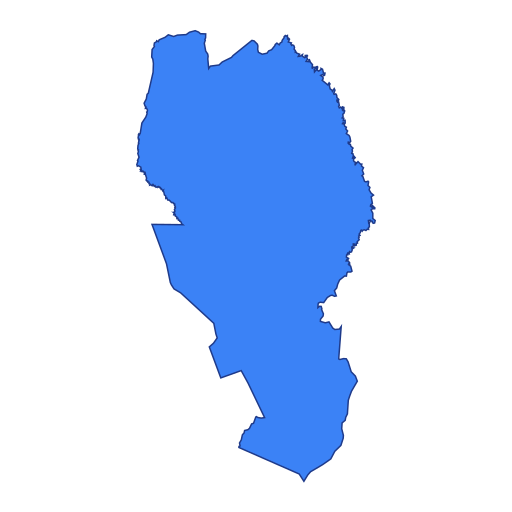 Manyinga, North-Western, Zambia (Equal Earth projection)
{"feature_id": "96606910B15136159078795", "entity_name": "Manyinga", "entity_type": "district", "adm_level": 2, "iso_a3": "ZMB", "parent_name": "Zambia", "parent_adm1": "North-Western", "projection": "equal_earth", "projection_center": [24.317, -13.081], "detail": "fine", "context": "isolated", "style": "filled", "palette": "blue", "viewbox_px": 512, "rotation_deg": 0, "n_neighbors": 0, "source": "geoboundaries", "source_scale": "gbopen_adm2", "svg_char_len": 5997}
<svg xmlns="http://www.w3.org/2000/svg" viewBox="0 0 512 512"><path d="M239.0,446.4L238.9,447.5L299.2,474.0L303.9,481.3L307.8,474.9L310.6,471.7L322.5,464.7L330.8,458.9L334.8,451.3L340.9,445.4L343.2,438.2L343.4,435.4L341.7,428.7L342.1,422.9L345.2,420.3L345.7,417.4L347.4,413.9L348.3,400.3L349.7,396.0L351.5,391.2L357.3,381.2L355.4,376.1L351.2,371.8L348.1,361.9L346.3,358.8L343.6,358.6L339.9,359.5L338.7,358.9L341.2,326.5L339.4,329.1L334.8,329.5L332.7,328.0L329.0,321.9L325.3,322.8L320.4,321.4L320.5,319.2L323.1,316.0L323.4,313.8L321.6,309.6L321.9,308.9L321.2,306.4L319.5,306.3L317.9,307.6L318.1,304.1L318.4,303.1L320.2,302.2L323.7,302.6L327.3,297.5L330.5,295.5L332.1,295.2L334.6,296.3L336.3,295.9L334.4,290.7L336.7,288.0L337.7,284.1L339.6,280.0L344.6,276.0L346.4,276.1L346.9,273.0L347.7,272.0L350.8,272.0L352.0,271.2L350.7,266.2L348.7,264.7L349.7,264.1L348.9,263.4L349.6,262.8L348.3,261.0L346.2,260.9L346.9,259.4L348.0,259.4L348.6,258.4L346.4,257.2L346.6,255.0L347.8,254.7L347.3,254.1L347.8,253.0L349.2,253.7L349.0,252.6L349.5,251.7L350.0,252.3L351.5,251.9L352.2,250.0L351.7,247.0L352.1,246.8L352.9,248.5L353.8,247.9L352.6,247.6L353.4,245.2L353.2,244.0L354.0,243.8L354.5,245.6L355.0,245.0L355.7,245.5L356.3,245.1L356.2,243.4L357.5,243.1L357.2,241.7L359.2,239.7L358.5,238.0L359.1,237.4L358.7,236.0L360.0,235.4L359.1,234.1L360.3,232.6L360.8,230.4L361.4,230.1L362.2,231.2L362.9,230.2L364.3,229.8L365.9,230.5L367.3,229.2L368.6,229.4L368.4,227.7L369.4,226.8L369.2,223.6L369.8,222.2L368.7,222.9L368.4,220.5L370.3,220.2L370.8,221.0L372.4,221.3L372.3,222.3L373.2,223.3L374.6,223.0L375.2,220.5L372.8,218.5L372.8,213.2L371.1,209.9L372.2,209.0L372.7,207.6L373.3,208.8L374.7,208.8L374.9,207.9L372.2,205.3L372.1,207.3L370.4,206.2L370.8,204.7L372.4,203.3L371.2,196.8L373.5,195.1L371.0,193.0L369.1,189.8L369.9,187.4L368.0,185.5L368.6,181.9L368.0,181.2L365.9,181.9L364.5,181.3L362.9,176.6L361.9,175.8L363.7,174.0L362.3,170.3L363.5,167.7L361.5,166.1L361.8,164.1L360.6,164.2L358.0,161.6L355.2,164.7L355.0,164.1L356.0,162.6L354.1,161.6L353.5,160.3L353.7,158.5L352.5,158.2L352.9,157.1L354.4,158.4L355.2,157.7L353.3,155.4L352.9,153.7L351.7,153.4L352.5,151.1L352.0,149.7L353.0,148.1L350.8,146.2L350.4,144.4L349.3,144.4L348.1,143.1L348.3,142.1L349.6,142.7L350.7,141.3L349.9,137.1L349.1,135.5L346.3,133.6L347.6,131.0L345.8,129.0L346.4,127.2L344.7,126.2L344.2,124.1L342.5,123.7L343.2,122.6L344.5,123.9L345.2,123.1L345.1,120.3L343.3,120.5L343.8,118.3L342.2,117.9L343.1,116.8L342.8,114.2L343.9,113.4L344.7,110.9L343.9,109.8L343.1,110.7L342.6,110.2L343.8,108.8L343.9,107.4L342.6,106.9L342.1,108.8L340.8,107.0L339.3,107.9L338.6,106.3L339.3,105.4L338.7,102.1L337.6,102.3L336.8,100.8L337.0,100.0L338.4,100.7L338.8,99.5L336.9,97.6L336.7,95.3L335.8,93.9L334.1,94.3L333.7,93.6L335.0,90.2L334.2,88.6L332.4,91.3L332.0,90.1L330.2,89.0L329.3,85.5L330.0,83.9L329.1,82.8L327.8,84.9L322.2,80.3L323.1,78.9L323.0,77.2L320.7,75.4L322.8,74.4L323.8,75.6L324.6,75.2L325.0,73.1L323.5,73.0L322.5,69.2L321.0,68.4L321.0,69.5L318.7,71.1L316.4,69.7L314.5,71.9L314.3,69.5L315.9,67.8L317.3,69.0L317.7,67.0L317.2,66.5L315.2,67.3L312.8,67.1L312.6,68.2L312.1,68.0L312.5,64.6L310.4,62.2L309.4,59.7L308.7,60.0L309.3,61.2L309.0,61.7L306.1,61.4L307.5,59.1L306.6,56.8L307.5,55.9L307.1,55.3L305.2,55.5L305.3,57.3L304.7,57.7L302.2,56.1L302.5,54.6L300.1,56.2L298.3,56.4L299.6,54.2L296.7,53.1L296.2,52.1L295.3,52.3L295.4,50.7L294.1,49.1L294.5,47.4L293.8,45.5L292.5,44.9L291.7,45.4L290.9,44.0L291.4,42.9L288.3,42.0L289.5,39.2L288.8,38.4L288.4,39.2L287.6,39.1L287.4,35.5L286.1,36.1L285.3,35.5L284.1,36.7L284.1,37.7L282.2,40.3L281.8,42.1L280.3,42.9L279.2,44.8L276.9,43.1L275.2,44.5L274.9,45.6L271.6,49.7L268.7,50.9L267.0,53.2L262.2,54.2L258.4,52.3L257.7,49.5L257.9,46.0L257.4,44.2L254.1,40.9L251.9,40.4L233.0,55.6L231.5,57.4L222.2,62.0L219.0,65.0L210.4,66.1L208.7,68.5L207.8,58.9L208.1,56.2L207.7,54.0L205.7,51.1L204.3,43.2L205.3,40.2L204.9,39.4L205.6,37.9L205.7,33.9L200.4,33.7L198.6,32.1L195.2,30.7L189.5,32.2L186.2,34.6L177.4,35.1L173.7,36.5L168.3,34.8L165.1,37.3L159.2,39.8L158.3,41.6L156.7,40.8L156.6,41.6L154.4,43.0L154.0,45.5L154.4,46.5L152.1,49.5L151.7,57.0L152.8,59.1L153.4,63.4L153.1,72.2L148.3,93.2L147.1,94.3L146.3,99.0L144.1,103.2L145.0,106.0L145.8,106.6L145.4,108.4L146.5,108.2L147.5,110.1L147.2,111.9L146.7,112.1L147.1,113.7L145.8,117.1L141.9,123.0L140.2,133.5L139.5,134.4L138.9,133.8L138.5,134.4L139.0,135.1L138.5,135.2L138.1,137.8L138.4,139.0L138.7,138.6L139.2,139.6L138.4,143.1L138.8,143.4L138.0,145.4L137.7,149.0L138.4,149.8L138.0,150.2L138.4,151.6L137.8,153.5L139.0,157.2L137.5,160.5L138.0,161.1L136.8,164.6L137.3,166.2L138.3,165.7L140.8,167.1L141.1,168.9L140.3,169.3L140.9,169.8L140.7,170.5L141.2,170.2L141.2,171.1L142.9,171.0L143.3,171.4L142.7,171.7L144.0,171.9L144.3,173.1L145.1,172.6L145.3,173.7L144.7,174.3L145.4,174.4L146.6,178.1L146.1,180.1L146.8,181.0L147.6,180.9L147.8,182.1L148.7,182.0L149.3,183.3L149.0,183.7L150.2,184.3L149.9,185.1L150.8,184.8L151.9,185.6L152.5,184.9L152.6,185.7L153.6,185.5L153.7,186.1L153.8,185.5L154.3,186.3L155.0,185.7L156.0,187.3L158.0,186.6L158.0,187.3L159.1,186.8L160.1,188.0L160.5,187.7L161.1,189.3L161.6,189.0L162.7,190.7L163.4,190.2L163.1,191.5L163.8,191.9L164.4,194.9L165.7,195.9L165.8,198.4L166.8,197.9L167.7,200.0L169.3,200.2L171.6,202.6L172.9,202.5L173.4,203.3L173.8,202.7L173.7,203.5L174.8,204.1L174.5,205.4L175.3,206.4L174.8,207.6L175.4,208.0L174.4,209.6L175.0,211.1L174.3,211.6L174.4,212.8L173.8,212.7L174.3,213.1L174.0,213.9L174.4,213.8L173.9,214.8L175.3,214.9L175.2,215.9L176.8,217.0L176.9,218.5L177.8,218.2L178.4,220.2L179.6,220.2L179.7,221.2L181.2,222.1L181.6,223.8L182.8,224.7L152.0,224.4L166.5,263.8L170.3,282.4L171.3,284.7L174.0,288.9L180.6,292.8L213.8,323.3L215.9,333.9L217.2,337.9L213.5,343.2L209.3,346.9L220.8,377.9L241.2,370.6L248.0,383.0L264.6,417.6L261.3,418.1L257.8,417.5L256.4,416.6L255.8,417.0L253.5,423.3L251.6,423.9L249.5,428.3L247.9,429.7L244.6,430.5L244.1,432.9L242.4,434.8L241.3,439.9L239.5,443.0L240.1,445.9L239.0,446.4Z" fill="#3b82f6" stroke="#1e3a8a" stroke-width="1.5"/></svg>